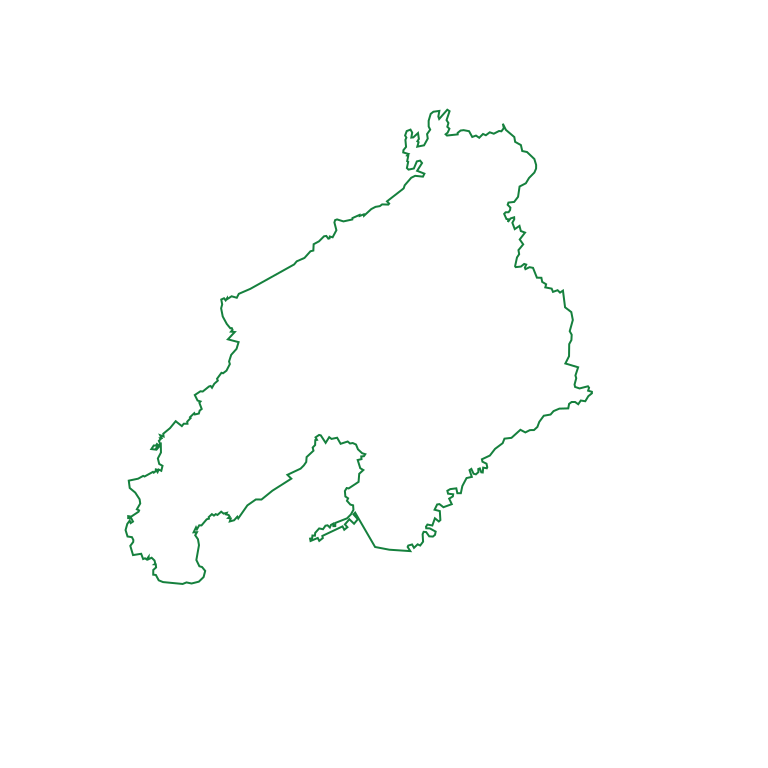 Demak, Jawa Tengah, Indonesia, rotated 31°
{"feature_id": "22746128B71519500232359", "entity_name": "Demak", "entity_type": "district", "adm_level": 2, "iso_a3": "IDN", "parent_name": "Indonesia", "parent_adm1": "Jawa Tengah", "projection": "equal_earth", "projection_center": [110.607, -6.923], "detail": "fine", "context": "isolated", "style": "outline", "palette": "green", "viewbox_px": 768, "rotation_deg": 31, "n_neighbors": 0, "source": "geoboundaries", "source_scale": "gbopen_adm2", "svg_char_len": 6164}
<svg xmlns="http://www.w3.org/2000/svg" viewBox="0 0 768 768"><g transform="rotate(31 384 384)"><path d="M489.3,211.8L487.8,215.0L484.5,214.2L481.4,218.0L478.6,215.9L472.5,218.1L471.6,215.0L467.0,215.0L464.2,211.9L460.3,214.1L451.9,207.7L448.6,208.9L446.1,212.7L444.8,211.7L444.4,208.4L442.3,208.9L440.9,212.8L436.7,216.0L435.7,215.5L432.8,207.0L433.0,203.1L430.3,200.0L431.4,192.6L425.9,190.2L426.9,181.6L422.5,182.4L418.7,178.7L416.3,183.9L411.0,179.7L410.8,175.7L409.7,174.1L407.2,176.9L406.8,181.2L405.8,178.8L404.0,179.5L399.4,176.3L399.8,174.2L402.3,172.6L402.5,170.0L401.5,167.7L397.7,166.7L397.2,164.4L401.8,160.9L402.5,154.5L398.5,144.9L402.2,138.9L402.2,132.7L404.0,125.3L403.4,121.0L401.6,117.9L397.0,113.7L387.1,111.5L382.5,113.1L378.3,108.7L371.7,108.9L368.5,105.2L357.6,103.4L351.8,99.7L354.9,102.9L354.5,106.9L352.3,107.9L349.2,112.9L345.0,113.8L343.2,118.3L340.1,118.7L338.8,123.9L334.9,123.7L332.4,126.8L326.7,123.5L321.5,125.4L319.1,127.3L317.8,130.8L318.6,132.1L310.0,138.6L308.2,138.2L309.1,135.8L308.6,131.5L305.8,130.9L304.8,127.1L301.7,125.6L299.7,116.4L297.0,116.3L294.8,128.4L292.8,126.7L290.8,121.4L286.1,125.2L284.9,128.4L286.7,135.4L289.7,140.3L292.6,142.2L292.2,147.6L295.1,151.1L295.4,158.8L290.3,163.4L289.1,158.9L287.6,158.8L287.7,156.0L283.9,151.4L282.1,157.5L280.5,158.7L278.7,154.0L275.7,152.3L273.2,155.5L274.1,160.1L276.3,161.3L276.6,163.7L280.8,169.4L280.2,173.5L281.2,175.6L286.6,174.2L286.2,176.3L287.3,176.0L289.1,181.1L290.3,181.1L292.4,187.1L294.6,187.6L298.6,183.9L297.5,176.3L299.9,173.9L302.8,175.0L302.6,184.2L310.3,182.9L310.6,186.2L303.5,189.5L301.1,193.2L299.4,203.0L300.1,206.2L292.5,225.9L295.5,226.7L295.3,228.0L289.9,231.0L288.8,233.7L285.5,236.5L283.0,240.6L280.2,250.1L279.3,249.0L276.6,252.5L276.0,251.6L271.5,258.0L272.1,259.3L265.5,265.5L259.0,267.1L257.7,268.7L258.3,271.1L264.0,276.7L264.4,284.7L261.6,285.5L262.3,287.2L261.4,288.1L258.3,286.8L256.5,288.3L254.8,295.2L251.7,300.4L254.7,306.0L252.6,308.1L250.9,316.9L246.0,323.8L245.4,327.8L220.4,371.3L213.1,381.5L213.4,385.9L208.2,387.3L206.0,391.8L205.3,391.0L205.2,393.9L202.7,392.9L201.0,395.4L204.3,399.1L205.4,403.0L211.0,409.2L218.3,413.5L223.6,415.4L224.7,414.5L226.3,415.6L225.9,417.9L229.3,416.3L227.2,426.1L237.8,423.0L239.5,429.8L238.0,437.7L239.6,444.5L241.6,446.3L242.1,453.7L240.5,457.7L238.9,458.1L238.2,465.5L239.8,466.7L238.4,471.2L238.5,475.8L236.4,475.0L235.3,476.2L232.5,483.8L230.4,484.8L227.5,490.9L232.7,494.2L235.7,493.5L235.4,495.2L240.6,499.3L239.7,501.7L240.5,504.7L237.6,507.5L236.4,506.7L234.8,512.4L235.8,512.8L234.7,517.6L236.0,519.3L232.8,521.2L232.4,524.2L224.6,523.2L223.3,532.1L220.4,540.3L222.1,542.5L218.5,543.2L221.2,544.9L219.9,545.8L220.9,546.4L220.3,548.7L222.6,550.2L223.2,553.6L221.9,555.1L222.1,552.8L220.3,552.4L220.2,554.3L218.3,555.3L218.1,559.6L222.8,557.5L223.9,550.9L228.1,557.6L228.5,564.3L232.5,568.3L236.3,568.2L237.8,573.1L234.9,573.4L235.3,576.2L233.9,575.6L234.2,574.1L232.4,574.7L233.2,576.4L232.3,578.6L231.2,578.3L226.4,586.6L224.9,586.8L222.0,591.8L215.0,598.3L219.6,604.1L226.7,605.2L233.9,608.7L236.6,612.0L236.7,618.7L239.2,618.5L239.4,619.9L235.6,627.9L232.8,629.0L233.8,630.7L236.6,629.3L239.7,631.2L238.5,633.7L236.4,632.1L236.0,636.1L237.7,642.3L242.7,646.8L246.8,645.1L249.5,646.8L250.4,648.6L249.9,653.4L257.0,659.9L263.3,654.6L267.7,658.1L268.9,656.5L270.9,656.6L271.2,653.4L272.3,655.6L274.3,652.6L278.2,653.5L280.5,655.8L280.1,656.8L281.3,656.2L283.1,658.6L282.0,662.2L284.4,666.3L286.8,665.2L292.0,668.3L296.6,667.6L314.4,659.1L316.9,655.8L321.8,654.1L327.1,648.8L328.8,642.4L327.0,636.3L322.3,634.6L319.6,635.3L313.8,631.5L308.4,617.4L304.5,612.9L300.1,610.9L300.0,607.4L297.2,609.2L296.7,603.7L298.5,604.9L298.4,600.3L300.4,599.2L301.7,591.3L303.3,589.6L302.3,588.4L303.5,584.2L306.0,584.4L306.8,582.2L308.7,582.0L310.2,577.3L313.3,577.7L315.6,575.4L315.8,577.1L318.3,576.3L320.1,577.2L319.5,579.1L321.9,578.2L322.6,581.2L325.7,578.0L326.6,573.3L328.3,574.3L329.4,558.4L333.6,549.0L338.5,546.1L343.3,532.9L353.3,512.9L348.0,511.6L356.1,499.5L357.2,495.1L357.5,490.9L355.3,486.5L357.9,477.5L355.6,475.2L356.4,471.8L354.0,467.5L355.3,466.4L352.8,465.0L354.6,461.1L356.3,460.6L364.3,464.5L364.4,457.8L367.3,458.1L371.5,454.2L377.6,457.6L382.5,452.0L385.5,452.5L387.6,450.7L391.2,450.3L395.3,453.4L400.9,454.6L404.1,453.8L404.0,456.2L401.8,457.8L403.4,460.0L400.6,462.7L407.0,468.4L410.6,468.4L409.0,473.7L412.6,481.0L407.5,491.7L405.6,492.4L405.6,495.9L408.8,500.3L412.1,500.5L412.4,503.2L417.3,504.7L420.0,503.9L422.6,507.6L422.8,512.9L421.5,518.2L413.8,528.2L415.4,530.9L413.8,531.9L412.4,529.9L411.1,532.1L411.5,534.9L408.4,534.2L406.8,535.6L406.5,539.9L402.8,541.2L401.7,547.0L402.9,549.6L400.7,550.7L401.9,553.4L400.3,554.6L401.9,556.4L406.5,550.1L409.3,551.8L410.9,547.6L409.4,546.0L421.8,527.4L425.0,529.4L426.4,525.6L422.8,524.5L424.0,517.8L430.3,519.2L431.2,513.4L425.0,511.5L425.5,509.1L460.3,528.3L473.9,523.3L492.6,513.7L488.2,511.5L488.0,510.0L490.7,507.1L494.1,509.0L495.4,504.1L498.2,503.8L498.7,499.0L494.5,492.9L494.1,490.3L496.4,489.2L501.2,491.3L504.5,489.6L505.4,487.0L504.3,483.9L497.6,484.2L494.5,485.9L493.5,484.7L493.6,482.1L498.3,480.4L496.8,472.9L501.8,473.6L502.4,471.6L497.3,464.2L492.1,465.7L491.6,459.9L493.4,458.4L498.4,459.0L504.0,452.1L498.9,448.7L500.9,444.9L500.1,442.9L495.4,445.0L493.3,442.9L494.9,440.0L499.7,436.2L503.1,439.8L506.1,438.0L503.7,431.1L503.2,422.1L507.1,418.4L501.7,413.8L502.6,411.8L507.0,414.8L509.3,414.1L510.3,410.9L508.6,408.3L509.6,407.0L512.9,409.6L514.2,409.0L512.1,404.6L515.5,403.3L515.4,402.2L512.9,399.5L508.4,399.9L506.7,398.1L511.6,390.8L512.6,382.4L516.2,373.6L515.4,368.8L521.0,364.5L524.5,353.0L530.1,352.7L532.8,348.4L536.3,346.2L537.6,341.8L536.6,336.5L537.3,328.9L542.5,324.4L543.3,319.9L547.0,314.8L554.5,310.0L552.9,305.7L554.1,302.8L557.1,301.0L560.9,301.3L561.2,296.8L565.4,295.1L565.4,289.2L567.0,284.9L566.2,283.6L562.4,284.6L561.7,281.6L560.0,280.9L553.9,287.1L549.3,288.1L547.6,286.3L545.8,280.0L543.7,278.1L541.8,269.7L528.9,273.0L528.3,264.9L522.2,254.4L522.0,249.8L519.5,245.1L516.0,243.1L512.9,231.9L507.5,225.9L499.7,225.0L489.3,211.8Z" fill="none" stroke="#15803d" stroke-width="2"/></g></svg>